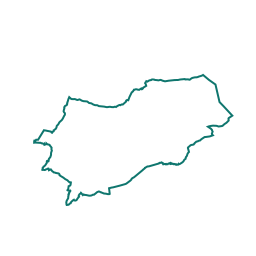 Cacica, Suceava, Romania (Natural Earth projection), rotated 142°
{"feature_id": "2599482B8508193610540", "entity_name": "Cacica", "entity_type": "district", "adm_level": 2, "iso_a3": "ROU", "parent_name": "Romania", "parent_adm1": "Suceava", "projection": "natural_earth1", "projection_center": [25.884, 47.647], "detail": "fine", "context": "isolated", "style": "outline", "palette": "teal", "viewbox_px": 256, "rotation_deg": 142, "n_neighbors": 0, "source": "geoboundaries", "source_scale": "gbopen_adm2", "svg_char_len": 5727}
<svg xmlns="http://www.w3.org/2000/svg" viewBox="0 0 256 256"><g transform="rotate(142 128 128)"><path d="M223.7,105.1L222.6,104.4L221.9,104.1L220.2,104.3L219.5,104.0L218.3,104.7L215.3,104.9L214.8,104.8L214.9,104.4L214.9,104.2L214.8,103.9L214.3,103.3L213.2,102.9L212.8,102.9L211.2,103.5L210.0,103.8L208.9,104.0L208.9,104.6L208.5,105.0L208.1,105.3L207.5,105.4L206.9,105.7L205.8,105.6L205.0,105.9L204.9,105.1L204.9,103.4L204.9,102.9L203.8,102.9L203.5,102.1L202.9,101.6L202.2,100.9L200.3,98.6L198.9,97.6L198.2,97.3L196.6,97.0L196.3,96.8L196.0,96.4L193.3,96.4L192.1,96.5L190.5,96.1L190.0,95.9L189.6,95.3L189.0,94.0L188.7,93.8L188.6,93.5L188.4,93.1L187.9,92.3L187.3,91.2L185.8,89.8L184.8,88.5L183.6,87.5L183.1,87.3L182.8,87.6L180.0,92.2L177.3,91.0L176.5,90.5L174.9,89.8L170.1,87.7L164.7,85.5L163.6,85.2L158.5,85.1L157.1,85.3L156.5,85.7L155.3,85.8L154.0,85.5L152.2,85.5L142.1,85.8L141.9,85.9L139.6,85.9L139.2,86.2L138.6,86.0L137.0,85.9L136.7,85.7L136.1,85.6L135.5,85.1L134.9,84.8L126.2,81.3L125.5,81.0L124.8,81.2L124.5,81.1L124.2,80.7L122.7,80.2L122.7,79.6L122.2,79.1L122.5,78.6L122.6,77.7L121.6,77.3L121.6,77.2L120.2,76.3L120.4,75.9L119.0,75.0L118.6,75.1L118.1,75.1L117.6,74.9L117.4,74.5L116.9,74.6L115.9,74.4L115.7,74.1L115.7,73.8L116.2,73.2L115.8,73.0L115.4,72.6L115.1,72.7L114.8,72.5L114.8,72.2L114.2,71.6L114.2,71.2L113.7,70.9L113.3,70.9L113.2,70.8L113.2,70.6L113.0,70.0L112.6,69.8L112.8,69.5L112.7,69.3L112.1,69.1L111.7,68.7L111.2,68.5L110.5,68.6L110.6,68.3L110.6,68.2L110.2,68.2L109.8,67.9L109.1,67.7L107.8,67.6L107.4,67.5L105.5,67.5L104.5,67.7L103.8,68.1L103.0,68.3L102.4,68.3L101.5,68.3L100.9,69.0L100.0,69.5L99.2,69.6L98.3,70.1L97.0,71.0L95.9,71.4L94.7,71.6L93.1,75.4L92.7,75.7L90.4,75.8L89.6,75.9L88.6,75.7L87.4,75.0L87.1,74.8L86.7,74.8L86.3,74.6L85.9,74.8L85.2,74.8L84.7,75.1L83.5,75.1L82.6,75.2L81.9,74.9L81.2,74.5L80.5,74.5L79.2,74.0L78.9,73.8L77.1,74.0L73.2,73.7L72.0,72.9L68.7,71.0L65.6,70.0L65.7,71.1L65.5,71.8L63.5,73.1L63.3,74.3L63.0,74.8L63.1,76.4L64.2,79.8L63.5,79.6L61.6,78.7L59.7,77.6L58.0,76.2L56.8,75.1L55.7,73.4L53.3,72.0L52.2,71.5L51.1,71.6L49.5,71.7L47.2,71.5L44.1,71.9L43.0,73.6L42.5,73.8L38.2,73.5L39.3,86.4L39.9,92.1L32.3,108.4L34.6,116.1L36.2,123.6L36.8,123.6L38.5,124.1L40.7,125.0L41.7,125.2L43.2,126.0L43.8,126.5L44.4,126.9L46.6,127.9L48.5,128.1L49.1,128.0L49.7,128.1L50.2,128.6L50.4,129.0L51.4,129.9L53.0,131.0L53.1,131.6L57.2,134.2L58.8,134.9L61.8,137.1L66.8,140.2L70.1,142.0L71.7,144.1L72.3,145.3L72.9,146.0L74.7,146.8L75.2,147.3L75.4,147.6L77.2,149.3L77.7,150.2L79.1,151.4L79.7,151.6L80.2,151.5L80.7,151.7L81.0,152.0L81.5,152.2L82.4,152.5L84.1,152.6L84.7,153.6L85.2,153.3L86.1,153.2L86.9,152.8L86.9,152.0L87.4,150.7L87.7,150.0L91.2,150.4L91.7,150.3L91.8,150.1L92.4,150.1L92.6,149.9L93.2,150.0L93.2,151.0L95.7,151.2L96.7,152.2L97.3,153.1L98.0,153.7L98.5,153.9L99.3,154.1L99.6,154.5L99.8,154.5L100.0,154.4L100.1,154.2L100.8,154.1L101.4,153.8L101.9,153.9L102.4,153.7L103.2,153.8L103.7,153.5L107.8,151.5L110.7,149.7L111.4,150.6L112.3,150.7L112.6,150.7L113.0,150.2L113.4,150.0L117.7,149.7L118.2,150.3L118.7,150.5L120.0,150.7L120.1,151.0L120.4,151.3L121.3,151.6L123.2,151.9L124.5,151.9L124.8,152.4L125.2,152.8L125.5,153.0L126.5,153.3L128.2,154.7L129.0,155.7L129.7,156.2L131.5,157.2L132.0,157.6L133.7,159.6L137.5,163.2L137.9,164.2L138.1,164.7L138.7,165.3L139.7,166.1L140.2,166.7L141.1,168.3L141.5,169.5L141.8,170.1L143.1,171.5L143.4,172.0L143.5,172.9L143.9,174.1L146.6,176.6L147.7,178.2L148.1,179.5L148.5,180.2L148.7,180.5L150.2,181.0L150.7,181.3L151.0,181.7L151.8,183.1L152.4,183.8L153.2,184.3L154.6,185.5L154.9,186.1L155.3,188.5L157.1,187.5L159.6,185.7L160.0,185.6L160.5,185.0L160.9,184.8L160.9,184.7L161.2,184.3L161.7,184.1L161.8,183.9L162.5,183.8L164.0,184.1L165.0,183.8L165.5,183.6L165.6,183.1L165.9,182.8L166.5,182.3L166.9,182.2L167.1,181.9L167.5,181.6L168.4,180.9L168.5,180.7L168.7,179.9L168.6,178.9L168.7,178.4L169.0,178.0L169.3,177.6L169.8,177.2L170.8,176.9L173.5,175.6L174.9,175.1L175.4,175.0L178.1,174.8L178.7,174.7L180.2,174.0L181.2,173.7L182.5,173.6L183.0,173.4L184.1,172.4L185.6,171.8L185.9,171.8L186.5,171.9L187.2,171.8L188.0,171.9L188.4,171.3L188.8,171.2L189.6,171.4L190.8,171.0L191.0,171.4L191.0,171.7L190.8,172.0L190.9,172.5L191.1,172.8L193.7,175.8L194.4,176.7L194.7,177.0L194.9,177.1L195.6,178.0L206.1,174.1L206.8,174.7L207.6,175.3L208.9,174.9L209.5,175.7L210.0,175.4L211.0,174.2L210.0,173.6L206.6,170.6L206.1,170.3L205.3,168.8L205.0,168.7L204.2,167.2L203.8,167.2L203.7,167.2L204.2,166.2L202.0,165.4L202.1,165.8L201.8,166.1L201.6,164.9L201.3,164.4L200.7,163.8L200.2,163.0L200.4,162.5L200.3,161.3L200.3,160.1L200.4,159.4L200.9,159.0L201.5,158.2L201.7,157.8L201.9,157.1L202.3,156.8L202.9,156.5L204.1,155.6L205.2,154.2L207.1,152.9L209.3,152.4L210.1,151.6L210.5,151.4L211.2,150.7L211.6,150.8L211.8,151.1L211.8,151.8L212.1,151.9L212.6,151.6L213.5,150.5L216.1,149.6L217.6,149.4L218.3,149.6L219.4,149.0L219.9,149.0L220.0,148.7L221.3,147.8L221.2,147.6L220.6,147.3L219.7,146.3L219.3,146.1L218.9,145.9L218.1,145.9L217.2,145.5L216.3,145.4L215.7,145.1L215.6,144.9L216.3,143.4L214.3,142.9L214.3,142.3L214.3,140.5L213.9,139.4L213.9,138.8L213.3,138.2L212.6,137.2L212.5,136.9L212.3,136.7L211.8,136.2L211.0,135.2L210.7,135.0L210.6,134.8L210.5,134.2L210.6,133.4L211.0,133.0L210.8,132.1L209.5,128.7L208.9,126.2L208.3,125.0L207.9,124.0L207.8,122.7L207.5,121.2L206.9,120.8L206.5,120.3L207.8,119.0L208.6,118.4L209.4,118.3L210.6,118.7L212.8,116.6L214.0,116.3L214.0,116.1L213.8,115.9L213.1,114.9L212.8,114.7L212.0,114.3L212.0,114.2L212.3,113.8L213.3,113.5L213.9,113.3L214.2,113.3L215.6,112.4L215.4,112.2L216.1,111.8L216.7,111.1L217.1,111.0L217.9,110.0L218.5,109.4L219.7,109.0L221.3,108.3L222.5,107.3L222.8,106.7L223.3,106.0L223.6,105.5L223.7,105.1Z" fill="none" stroke="#0f766e" stroke-width="2"/></g></svg>